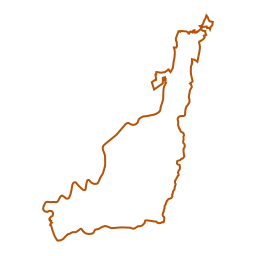 the district of Quang Tri, Quảng Trị, Vietnam
{"feature_id": "81297802B92774803000720", "entity_name": "Quang Tri", "entity_type": "district", "adm_level": 2, "iso_a3": "VNM", "parent_name": "Vietnam", "parent_adm1": "Quảng Trị", "projection": "equal_earth", "projection_center": [107.145, 16.698], "detail": "fine", "context": "isolated", "style": "outline", "palette": "amber", "viewbox_px": 256, "rotation_deg": 0, "n_neighbors": 0, "source": "geoboundaries", "source_scale": "gbopen_adm2", "svg_char_len": 5810}
<svg xmlns="http://www.w3.org/2000/svg" viewBox="0 0 256 256"><path d="M57.5,240.6L60.7,240.3L63.3,238.9L65.3,236.6L68.1,234.0L68.8,234.0L70.3,233.4L71.0,232.9L72.1,232.4L72.7,232.2L75.3,232.2L76.8,231.7L78.7,230.2L80.1,229.1L80.6,228.9L81.3,228.9L81.7,229.2L83.2,231.3L84.7,232.7L85.4,233.1L86.1,233.5L87.1,233.7L89.1,234.0L89.8,233.9L90.8,233.8L92.7,233.4L93.2,233.0L94.0,231.8L94.7,230.4L95.2,229.7L95.7,229.5L97.3,229.3L98.5,229.0L102.5,226.8L105.1,226.0L107.3,226.5L111.2,228.1L112.3,228.1L118.2,227.6L122.0,227.4L130.6,227.7L131.3,228.2L132.5,228.5L134.0,228.7L134.8,228.3L138.0,226.3L138.5,226.1L139.8,226.3L141.6,225.8L142.7,225.0L144.5,223.1L144.8,222.3L144.9,221.3L145.0,220.9L145.3,220.6L146.3,220.3L150.5,220.8L154.4,221.5L155.8,221.5L156.5,221.7L157.3,222.7L157.7,222.9L159.3,223.2L160.5,223.0L161.1,222.8L162.2,222.1L162.4,222.1L163.1,222.4L163.6,222.1L163.9,221.7L164.0,221.2L164.3,217.9L164.2,217.3L164.0,217.1L163.6,216.8L162.9,215.8L162.7,215.2L162.7,214.4L162.8,213.7L163.3,212.1L163.8,211.6L163.8,210.3L164.5,208.4L164.6,206.2L165.2,205.1L166.0,203.7L166.2,202.4L166.6,201.8L166.7,201.0L167.3,200.5L167.9,199.6L168.8,198.9L170.8,198.4L171.3,198.0L171.6,197.7L171.9,197.1L172.4,196.4L172.1,194.9L172.1,194.6L172.2,194.3L172.5,194.0L172.9,193.2L172.8,192.7L172.8,192.3L173.1,191.4L173.7,190.3L174.4,189.5L174.6,189.1L174.6,188.3L174.7,187.5L175.6,184.6L175.6,184.2L175.1,182.7L174.9,181.5L175.0,180.8L176.0,179.4L176.8,177.7L177.2,177.2L177.6,176.1L178.1,175.8L178.6,175.3L178.6,174.5L178.5,174.1L178.0,172.9L178.0,172.7L178.7,170.4L178.8,170.2L179.6,169.6L179.9,168.3L179.9,167.0L179.7,165.1L179.4,164.9L178.4,164.7L177.9,164.5L177.2,163.8L177.0,162.9L177.0,162.4L177.2,161.2L177.5,160.9L180.3,160.0L180.6,159.8L181.4,158.8L182.5,158.6L183.6,157.5L184.2,156.6L184.3,156.2L184.3,155.8L183.9,154.8L183.8,153.4L183.6,152.2L183.5,151.5L183.6,148.7L184.3,147.7L184.6,146.9L184.7,145.8L184.6,144.7L184.3,144.0L183.3,142.9L183.2,141.7L183.3,140.5L183.6,139.6L183.5,138.3L183.5,136.5L183.9,135.6L184.0,134.9L183.6,133.6L183.4,133.2L183.0,132.8L181.0,131.7L180.3,130.8L180.1,129.6L180.0,129.3L179.3,128.8L178.1,125.0L178.0,124.5L178.3,122.5L177.6,119.0L178.1,117.6L179.0,116.7L180.3,116.1L183.6,116.0L184.7,115.5L185.1,114.4L185.3,110.7L185.7,108.5L186.5,106.3L186.9,106.1L188.7,103.5L189.2,102.7L189.5,101.4L189.5,99.9L189.3,98.9L189.0,98.0L188.8,96.7L188.9,96.2L189.2,94.7L189.9,90.5L191.8,87.0L191.8,86.5L191.4,85.4L191.0,84.5L190.0,83.5L191.4,82.5L192.6,81.3L191.2,75.2L190.8,72.3L190.9,66.7L191.2,65.7L192.1,63.9L192.2,62.7L191.9,62.8L192.0,61.5L191.9,60.7L192.0,59.2L194.4,59.7L197.1,61.4L197.4,61.7L199.2,52.7L199.9,48.3L199.9,46.4L199.1,42.4L199.3,41.5L200.2,41.2L201.6,40.4L203.5,38.9L204.6,37.7L203.8,35.7L205.1,35.3L205.8,35.3L206.3,34.9L205.7,33.8L205.3,32.4L205.1,31.6L205.3,31.1L204.5,30.9L203.2,30.9L201.9,30.1L200.8,29.2L200.6,29.2L197.1,32.2L196.8,31.6L195.2,32.8L194.7,31.7L194.5,30.9L194.5,30.2L193.2,30.6L193.5,32.2L193.2,32.5L192.6,32.6L191.7,31.8L190.9,31.9L190.6,31.5L190.3,31.5L190.0,31.8L189.1,33.6L188.4,33.4L188.6,32.9L188.5,32.6L187.8,32.1L185.9,31.3L184.6,31.3L181.6,31.0L180.9,31.0L180.4,31.7L180.3,31.8L179.3,31.1L178.9,31.1L178.3,31.4L178.2,32.1L175.8,38.6L176.0,40.6L176.4,41.3L176.6,41.9L176.8,43.0L177.0,46.1L176.7,46.5L176.2,47.6L173.9,47.5L174.4,49.1L174.7,50.8L174.8,53.5L174.5,57.5L173.6,61.8L173.0,66.8L172.8,68.0L170.5,72.1L169.2,70.6L168.6,69.4L168.3,69.4L167.6,70.3L165.9,71.4L165.2,72.0L161.9,72.6L160.7,72.7L157.8,72.2L156.3,72.1L156.2,74.4L155.4,74.6L156.1,79.2L156.1,79.9L155.8,80.1L155.4,79.7L151.8,82.2L154.1,89.5L162.8,83.4L162.9,77.8L165.0,77.2L165.1,78.0L164.1,78.4L164.2,79.3L165.3,78.5L165.7,78.8L164.9,80.1L165.5,80.1L165.3,82.4L166.0,82.8L165.2,84.3L164.0,87.0L163.5,89.6L163.3,93.2L163.2,98.4L162.9,100.2L162.3,102.4L160.9,106.4L160.5,108.1L160.5,109.1L160.2,110.2L159.6,111.4L158.5,112.4L156.4,113.7L153.9,114.7L145.5,116.3L143.7,116.4L142.7,116.7L141.2,117.4L140.0,118.2L139.2,118.9L138.7,119.6L138.2,120.7L137.9,121.9L137.4,122.8L136.3,123.9L135.0,124.6L133.9,124.8L132.9,124.9L131.2,124.4L129.9,123.8L128.6,123.0L127.8,123.0L126.8,123.3L125.4,124.3L116.5,134.7L114.7,136.2L105.4,143.8L103.5,145.6L103.0,146.5L102.8,147.4L102.7,148.4L102.8,149.3L104.6,154.3L105.0,156.0L105.1,158.0L105.2,163.8L105.0,166.1L104.2,169.0L103.0,173.2L102.3,174.5L100.3,177.8L98.5,181.9L97.7,183.2L97.3,183.5L96.8,183.7L94.7,183.9L93.8,183.8L91.9,183.0L91.2,182.5L90.5,181.8L89.2,180.2L88.7,179.9L88.0,180.0L87.6,180.2L87.2,180.7L86.5,183.2L86.1,185.4L85.7,188.5L85.5,189.4L85.0,189.9L84.1,190.0L83.2,189.8L82.4,189.3L81.4,188.4L78.3,185.5L76.2,182.9L75.6,182.4L75.0,182.3L73.9,182.5L73.5,182.8L73.1,183.3L72.4,184.7L72.0,186.6L71.5,190.0L70.5,194.2L69.3,197.2L68.7,198.1L68.3,198.4L67.5,198.6L66.6,198.6L66.0,198.4L63.9,196.6L62.3,195.7L61.5,195.7L61.2,195.8L60.2,196.9L58.4,200.3L57.9,201.1L57.5,201.6L56.9,202.0L55.9,202.1L53.1,202.0L50.5,202.2L47.4,201.8L46.0,202.1L45.4,202.7L44.4,204.5L43.4,206.9L43.2,207.9L43.2,209.1L43.3,209.6L43.7,210.2L44.0,210.7L45.0,211.4L45.9,211.7L46.8,211.6L47.5,211.9L49.1,210.9L50.7,210.8L52.3,211.6L53.0,212.9L53.1,213.4L52.9,214.9L52.7,215.5L52.3,216.0L51.7,216.4L51.3,216.5L50.8,216.8L50.1,218.0L49.7,218.1L49.3,219.0L50.0,219.6L50.0,219.9L49.9,220.5L51.0,220.7L50.9,220.9L50.5,221.0L51.1,221.5L51.2,221.8L51.3,222.3L51.9,222.6L51.7,222.8L50.6,223.4L50.6,224.5L50.2,224.8L50.2,225.1L50.4,225.2L50.9,225.1L51.8,227.9L52.3,229.7L54.2,235.1L55.3,237.3L57.1,240.1L57.5,240.6ZM212.8,21.9L209.9,21.3L209.3,20.9L208.7,19.8L207.5,16.8L206.4,15.4L205.9,16.6L205.7,17.7L204.4,20.1L203.4,22.8L202.7,24.5L201.6,25.6L201.1,25.9L199.9,26.0L201.5,28.1L202.7,27.0L206.7,26.5L207.1,28.0L209.3,27.8L210.0,29.3L210.7,27.0L211.1,26.4L212.1,25.6L212.4,25.0L212.5,24.4L212.5,23.3L212.8,21.9Z" fill="none" stroke="#b45309" stroke-width="2"/></svg>